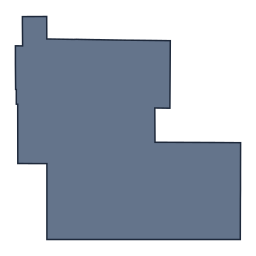 the district of Mayor Luis J. Fontana, Chaco, Argentina
{"feature_id": "61730980B614313343840", "entity_name": "Mayor Luis J. Fontana", "entity_type": "district", "adm_level": 2, "iso_a3": "ARG", "parent_name": "Argentina", "parent_adm1": "Chaco", "projection": "equal_earth", "projection_center": [-60.743, -27.701], "detail": "fine", "context": "isolated", "style": "filled", "palette": "slate", "viewbox_px": 256, "rotation_deg": 0, "n_neighbors": 0, "source": "geoboundaries", "source_scale": "gbopen_adm2", "svg_char_len": 778}
<svg xmlns="http://www.w3.org/2000/svg" viewBox="0 0 256 256"><path d="M240.6,142.7L212.7,142.5L163.6,142.3L155.0,142.3L154.8,108.0L155.8,108.0L169.9,108.2L170.0,91.4L170.3,40.7L156.2,40.5L129.4,40.2L127.8,40.2L126.9,40.2L102.3,39.8L99.5,39.7L96.6,39.7L79.6,39.4L76.7,39.3L73.8,39.4L48.4,39.0L46.8,39.0L46.7,19.0L46.7,16.5L22.4,16.6L22.4,19.2L22.4,23.1L22.6,45.2L22.6,45.9L15.4,45.8L15.4,52.6L15.4,63.8L15.6,89.4L15.8,89.4L16.3,89.5L16.3,104.2L17.7,104.2L17.7,108.0L17.8,160.1L17.8,163.5L21.2,163.5L34.9,163.6L46.9,163.6L46.9,202.3L46.9,205.1L46.9,214.5L46.9,226.9L46.9,238.9L46.9,239.5L99.1,239.5L121.0,239.5L125.1,239.5L240.3,239.5L240.4,199.5L240.5,189.5L240.5,177.6L240.5,176.6L240.5,173.1L240.6,143.1L240.6,142.7Z" fill="#64748b" stroke="#1e293b" stroke-width="1.5"/></svg>